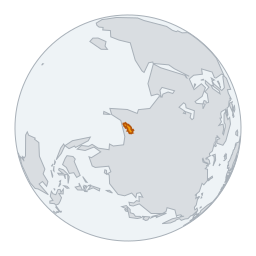 Chhattisgarh highlighted on a globe, orthographic projection, rotated 118°
{"feature_id": "IND-3260", "entity_name": "Chhattisgarh", "entity_type": "State", "adm_level": 1, "iso_a3": "IND", "parent_name": "India", "parent_adm1": "", "projection": "orthographic", "projection_center": [82.048, 20.958], "detail": "fine", "context": "on_globe", "style": "filled", "palette": "amber", "viewbox_px": 256, "rotation_deg": 118, "n_neighbors": 0, "source": "natural_earth", "source_scale": "10m", "svg_char_len": 12370}
<svg xmlns="http://www.w3.org/2000/svg" viewBox="0 0 256 256"><g transform="rotate(118 128 128)"><circle cx="128" cy="128" r="113" fill="#eef3f6" stroke="#a8b0b8"/><path d="M168.6,22.9L169.5,23.3L174.6,25.5L171.0,24.0L182.8,29.7L188.3,33.2L180.2,28.3L177.9,27.2L180.6,29.0L178.9,28.3L179.2,28.8L176.8,27.9L172.3,25.5L170.7,25.0L172.7,26.3L171.7,26.5L168.9,24.6L166.7,24.9L158.7,21.6L153.3,18.5L146.9,17.2L138.9,15.9L149.0,17.3L158.9,19.7L168.6,22.9ZM125.4,15.4L127.0,15.4L125.5,15.5L123.7,15.5L124.2,15.4L122.9,15.5L125.4,15.4ZM122.3,15.5L121.9,15.5L121.5,15.5L122.3,15.5ZM119.8,15.7L119.7,15.7L116.2,16.0L119.8,15.7ZM178.6,27.4L177.0,26.6L179.2,27.7L178.6,27.4ZM179.7,29.1L180.7,29.6L180.4,29.7L179.7,29.1ZM176.6,28.5L175.8,28.7L175.8,28.1L176.6,28.5ZM174.8,28.5L173.0,29.2L175.2,30.3L168.0,27.8L171.9,27.9L171.6,26.8L173.1,27.9L174.8,28.5ZM128.2,15.4L126.4,15.4L129.3,15.4L128.2,15.4ZM130.0,15.4L138.9,15.9L140.8,16.2L137.5,15.8L141.0,16.4L137.6,16.2L134.8,15.9L134.3,15.7L133.4,15.8L130.0,15.4ZM164.4,26.5L163.3,26.4L163.6,26.1L164.4,26.5ZM127.2,15.5L128.9,15.5L130.6,15.6L127.7,15.7L128.1,15.6L127.2,15.5ZM143.7,16.7L144.4,17.0L141.9,16.9L141.8,17.0L137.7,16.2L143.7,16.7ZM126.9,15.6L126.1,15.8L123.9,15.9L125.8,15.5L126.9,15.6ZM132.3,15.7L133.0,15.8L131.7,15.8L132.3,15.7ZM115.7,16.4L117.6,16.2L118.7,16.2L115.7,16.4ZM126.0,15.9L126.8,15.9L127.4,16.0L126.5,16.1L126.0,15.9ZM136.1,16.3L134.9,16.3L137.7,16.6L135.9,16.7L133.4,16.3L133.7,16.5L133.2,16.6L131.8,16.2L136.1,16.3ZM127.5,16.5L123.7,16.2L120.0,16.5L118.9,16.5L125.2,16.0L127.5,16.5ZM130.1,16.3L128.2,16.4L127.9,16.1L129.0,16.0L130.1,16.3ZM135.5,17.1L139.0,17.0L139.4,17.1L135.5,17.1ZM126.4,16.6L127.4,16.7L126.2,16.6L126.4,16.6ZM132.8,16.9L134.0,16.8L134.4,17.0L132.8,16.9ZM128.3,17.0L127.1,16.9L127.7,16.7L128.3,17.0ZM130.4,17.0L130.7,17.2L128.7,16.7L130.9,16.9L130.4,17.0ZM133.1,17.1L133.7,17.1L132.5,17.1L133.1,17.1ZM126.3,17.9L123.6,17.3L125.1,16.9L127.6,17.5L126.3,17.9ZM24.9,82.7L36.7,67.7L36.4,70.7L42.6,73.8L42.9,75.4L39.1,80.0L41.3,90.8L45.6,87.6L50.6,94.8L55.9,96.9L63.1,87.7L54.5,84.0L56.0,78.6L65.3,77.4L73.2,81.2L74.1,79.2L71.6,73.2L75.9,70.8L71.0,70.9L71.1,73.3L68.0,73.7L67.7,71.6L69.3,70.7L67.6,68.9L60.6,74.1L59.9,77.1L54.0,75.7L52.4,80.6L49.8,82.0L51.6,74.2L53.4,71.9L54.6,62.8L52.2,65.0L50.9,73.9L50.2,72.6L46.9,76.2L48.8,72.6L50.9,62.8L47.2,61.8L38.1,68.4L36.9,67.7L37.9,64.4L45.7,55.5L47.5,58.2L50.3,55.6L53.8,50.6L54.0,52.0L55.7,50.4L56.7,51.4L62.0,49.2L63.7,50.0L69.4,45.9L71.0,45.9L67.1,48.2L65.4,50.6L69.9,53.3L71.9,52.9L75.2,50.1L76.1,51.4L78.7,48.4L83.1,49.0L79.9,45.9L83.8,43.1L88.4,41.9L89.1,40.5L81.6,42.5L79.1,43.9L77.8,45.9L70.5,49.8L68.2,49.6L73.7,43.8L70.9,43.2L76.4,39.4L93.4,35.6L98.7,36.1L99.7,42.5L96.4,43.8L94.4,42.0L92.9,46.1L94.6,44.6L95.3,45.8L99.1,43.9L99.8,44.7L102.3,41.6L103.6,42.4L102.0,44.4L108.7,42.7L112.3,44.1L113.5,43.4L113.8,42.2L118.2,45.0L118.9,44.4L117.7,43.2L118.3,41.2L121.1,38.9L122.5,40.0L121.6,40.9L122.0,44.9L119.5,47.6L120.4,47.8L122.8,45.8L122.4,40.9L123.7,39.3L124.4,41.4L124.2,40.5L125.3,40.0L127.7,40.7L127.1,38.4L137.1,33.2L142.6,34.4L142.1,36.6L150.5,35.2L156.1,37.3L155.0,36.1L158.3,35.1L156.6,34.3L156.3,33.7L164.0,31.6L166.8,32.2L168.9,30.6L168.3,30.1L166.3,29.5L168.0,27.8L175.2,30.3L176.1,31.4L179.9,32.5L181.5,34.9L184.5,37.6L183.9,40.0L186.4,42.3L187.6,42.5L191.9,46.0L196.4,52.9L187.3,46.2L179.5,37.1L182.2,40.5L180.0,39.5L179.9,40.7L182.0,43.3L183.2,43.7L178.3,48.1L180.0,56.1L183.8,55.2L187.3,57.4L192.6,67.4L189.7,82.4L194.4,86.8L195.5,90.0L193.1,92.3L191.5,87.7L188.1,86.4L187.5,83.6L183.2,86.3L182.2,82.5L179.3,86.8L181.6,89.6L185.8,88.4L183.7,94.2L189.4,99.1L191.3,105.6L185.8,118.1L178.4,122.5L178.2,124.7L174.7,122.6L170.8,127.1L178.2,138.4L178.3,141.8L171.7,148.9L171.4,146.4L161.9,140.9L160.8,149.1L168.0,155.3L170.5,162.9L165.3,160.9L162.7,154.2L159.3,152.0L159.8,145.0L156.1,134.6L150.8,136.8L150.8,132.5L144.9,124.0L137.0,126.8L124.7,137.9L123.8,148.7L119.2,153.2L112.0,137.3L110.8,126.7L106.9,127.4L100.5,117.9L85.7,115.3L84.8,112.4L81.7,113.1L77.4,109.5L76.5,104.7L73.3,104.4L76.2,117.0L79.7,117.5L84.3,113.8L84.3,118.1L88.6,122.6L79.5,131.2L59.5,135.7L59.5,127.5L54.8,102.6L56.1,100.3L56.2,100.1L56.2,99.5L53.7,103.0L53.6,98.3L53.9,114.9L53.1,121.6L59.2,136.1L58.1,137.1L60.7,140.4L71.4,139.9L71.0,142.5L64.7,153.5L51.7,166.0L54.6,177.3L55.6,186.0L50.2,189.3L53.3,196.3L50.9,197.2L52.5,200.9L52.0,203.6L50.3,205.3L44.4,201.8L42.0,198.3L35.8,190.0L26.3,171.1L25.6,164.4L24.1,158.1L20.2,141.6L20.9,134.6L20.3,130.6L18.9,129.8L18.6,125.0L18.0,123.9L15.7,120.0L16.0,115.7L17.3,107.2L19.2,98.9L21.7,90.7L24.9,82.7ZM29.3,76.8L28.2,78.7L29.3,76.8ZM79.6,90.7L85.7,92.7L86.5,85.8L89.0,86.1L88.4,83.8L86.6,85.3L85.6,79.1L89.6,78.1L90.6,75.4L88.6,74.6L81.6,77.5L82.9,86.2L80.0,88.3L79.6,90.7ZM63.6,41.8L62.7,43.2L60.5,44.6L58.4,44.4L61.6,42.3L63.6,41.8ZM62.0,45.0L68.1,39.8L69.6,40.0L67.7,40.7L68.1,41.4L65.2,42.7L60.8,48.4L58.5,50.0L55.9,48.2L58.0,47.8L58.7,46.3L62.0,45.0ZM80.7,29.0L83.4,27.5L83.3,29.7L80.9,30.9L78.6,30.5L80.2,29.0L80.7,29.0ZM112.7,16.4L112.4,16.5L111.3,16.6L112.7,16.4ZM103.9,18.0L105.4,17.7L105.1,17.7L109.4,16.9L110.5,16.7L115.6,16.1L121.9,15.6L123.4,15.6L122.7,15.9L121.4,16.0L120.9,15.8L119.5,16.2L117.7,16.1L116.5,16.3L107.4,17.4L108.1,17.2L101.9,18.5L101.4,18.5L103.9,18.0ZM114.1,22.5L114.0,21.6L111.0,23.6L109.2,22.9L109.0,23.2L106.5,23.2L103.1,23.9L102.7,23.5L101.5,23.9L99.9,24.1L98.1,24.6L96.8,24.1L94.6,24.8L95.3,24.2L91.8,25.6L93.8,24.4L91.8,24.7L90.9,25.7L88.3,23.5L85.6,24.0L82.2,25.2L86.2,23.4L91.8,21.4L97.7,19.8L99.7,19.8L101.1,19.2L102.5,19.1L100.8,19.6L104.2,18.8L104.9,18.8L110.1,18.4L114.7,17.5L116.7,17.4L115.3,17.8L118.3,17.5L116.9,18.3L118.4,18.4L118.5,19.4L114.9,20.4L116.7,20.4L116.9,21.4L114.1,22.5ZM126.2,18.2L122.4,19.2L119.5,19.5L120.5,17.7L119.4,17.5L120.0,16.7L124.1,16.4L123.6,16.6L124.0,16.8L122.5,16.8L124.1,17.0L123.4,17.4L124.4,17.6L122.8,17.9L126.2,18.2ZM45.0,74.2L45.6,74.9L46.8,75.5L44.8,77.9L45.0,74.2ZM46.3,67.5L47.0,67.6L44.8,71.0L44.2,70.4L46.3,67.5ZM49.4,65.0L47.3,67.4L48.1,65.7L49.4,65.0ZM68.1,48.3L69.1,48.5L68.5,49.2L67.0,50.0L68.1,48.3ZM104.7,29.5L105.1,28.6L105.9,28.5L108.8,26.8L110.4,27.3L109.2,28.6L104.7,29.5ZM60.6,88.8L57.9,90.0L57.6,88.8L58.6,88.6L60.6,88.8ZM50.1,83.8L51.6,86.2L49.6,84.4L50.1,83.8ZM106.9,29.8L107.9,29.0L108.1,29.7L106.9,29.8ZM111.6,27.7L112.1,28.4L110.9,27.2L111.6,27.7ZM111.1,232.9L113.1,233.7L111.3,233.6L111.1,232.9ZM71.1,188.7L69.5,202.3L65.1,201.2L62.6,196.6L62.0,188.0L66.5,186.7L68.2,183.0L71.1,188.7ZM194.7,177.2L197.4,177.2L197.3,177.7L194.7,177.2ZM192.0,176.1L195.1,175.7L191.3,177.2L192.0,176.1ZM196.3,175.5L199.6,174.0L200.9,173.0L200.6,174.0L196.3,175.5ZM189.8,176.5L177.3,178.0L172.3,177.3L173.6,175.4L181.8,175.0L189.8,176.5ZM173.2,175.4L165.3,171.1L153.7,157.0L157.9,157.1L169.8,165.2L169.1,166.8L173.9,170.4L173.2,175.4ZM191.8,163.9L191.0,168.6L184.3,169.2L181.1,168.9L179.0,163.2L180.2,160.0L182.8,159.8L192.3,148.0L195.7,150.1L192.9,154.9L195.7,158.5L191.8,163.9ZM124.3,149.7L127.2,156.2L124.7,157.1L124.3,149.7ZM195.6,140.1L192.1,145.3L195.2,138.6L195.6,140.1ZM197.1,134.0L197.6,136.3L195.9,134.3L197.1,134.0ZM178.6,127.9L175.8,128.8L175.5,127.1L178.9,125.1L178.6,127.9ZM192.7,111.2L193.5,116.1L193.3,117.8L191.7,115.0L192.7,111.2ZM121.6,35.1L115.8,36.7L112.7,38.7L112.6,40.8L110.3,38.7L115.1,35.6L121.6,35.1ZM135.0,33.2L135.1,31.6L136.7,32.1L136.9,32.5L135.0,33.2ZM133.9,32.4L131.0,31.0L132.1,30.0L134.2,31.3L133.9,32.4ZM118.8,29.8L116.9,30.2L116.9,29.5L118.8,29.8ZM201.4,213.3L203.9,210.6L206.0,209.1L202.9,212.0L201.4,213.3ZM200.8,205.4L182.2,215.1L178.7,215.1L181.0,212.4L180.5,205.2L181.8,205.2L182.7,199.9L194.5,193.0L203.3,182.1L208.3,181.4L213.0,173.5L217.7,172.5L215.4,178.4L219.2,180.2L224.3,167.0L224.0,178.7L225.0,181.6L222.2,188.8L210.9,203.9L206.8,207.8L207.2,207.1L205.2,208.9L203.7,209.3L205.2,205.9L203.1,207.7L206.2,204.2L202.7,207.6L203.0,205.5L200.8,205.4ZM236.8,154.9L237.1,154.0L237.1,154.4L236.8,154.9ZM201.3,176.4L205.3,172.1L207.2,171.4L201.3,176.4ZM236.9,153.7L236.5,154.1L236.6,153.4L236.9,153.7ZM237.1,152.1L237.2,151.1L237.1,153.1L237.1,152.1ZM236.5,150.9L236.9,152.0L236.5,151.1L236.5,150.9ZM236.2,151.5L235.8,151.1L235.8,150.8L236.2,151.5ZM229.3,157.3L231.1,161.7L229.2,162.7L227.2,160.3L224.8,164.6L219.9,165.9L221.3,163.4L220.8,160.4L215.2,160.9L214.1,159.1L216.3,157.0L212.3,156.4L216.7,154.3L218.3,158.2L220.7,154.0L224.4,153.5L227.7,153.6L230.0,155.7L229.3,157.3ZM216.3,163.9L217.0,163.7L216.3,165.2L216.3,163.9ZM235.0,149.5L235.6,151.0L235.4,151.6L235.1,151.6L235.0,149.5ZM230.6,154.7L233.2,149.7L233.7,149.5L231.9,154.5L230.6,154.7ZM232.8,147.7L233.8,147.6L234.2,149.3L234.0,150.0L232.8,147.7ZM207.5,162.2L207.2,163.5L206.0,162.8L207.5,162.2ZM209.0,161.1L212.5,161.6L208.7,162.2L209.0,161.1ZM197.6,159.3L198.7,161.9L202.3,159.4L199.5,162.6L201.8,166.8L200.9,168.8L198.7,164.1L197.6,169.6L196.0,169.8L195.3,165.4L197.0,159.6L198.6,157.0L205.1,154.8L197.6,159.3ZM209.1,157.6L208.1,154.5L208.8,152.0L209.9,153.6L209.1,157.6ZM205.0,146.9L202.0,143.5L199.6,145.5L204.2,139.0L206.3,143.4L205.0,146.9ZM202.1,138.7L199.9,140.5L202.0,136.9L202.1,138.7ZM199.1,139.3L198.6,136.6L200.5,136.6L199.1,139.3ZM203.3,138.6L203.2,133.8L204.4,136.4L203.3,138.6ZM197.1,130.6L201.6,134.4L196.2,133.4L194.7,124.4L197.0,123.8L197.1,130.6ZM201.6,92.5L200.4,90.1L202.0,89.2L202.4,91.1L201.6,92.5ZM206.3,84.8L202.1,88.2L198.5,91.3L200.2,92.2L200.4,96.6L197.3,93.1L198.9,87.9L201.8,86.3L201.1,82.8L202.5,80.0L200.4,75.9L200.7,73.9L203.5,77.2L206.3,84.8ZM199.4,74.2L196.3,67.0L199.9,67.4L201.4,69.0L201.3,72.1L199.4,71.7L199.4,74.2ZM196.6,65.5L194.7,65.2L186.1,55.8L185.2,54.0L193.6,60.8L192.3,60.9L193.8,63.3L196.6,65.5ZM164.2,27.0L163.4,26.5L164.6,26.8L164.2,27.0ZM155.3,33.4L155.1,32.6L156.6,32.8L155.3,33.4ZM155.5,30.6L153.9,30.8L155.0,30.1L155.5,30.6ZM150.5,31.5L153.0,30.7L151.5,32.2L150.5,31.5Z" fill="#d9dde1" stroke="#a8b0b8" stroke-width="1"/><path d="M129.9,122.2L130.0,122.1L130.2,121.9L130.3,121.8L130.3,121.7L130.4,121.8L130.5,121.8L130.6,122.0L131.0,122.4L131.0,122.5L131.1,122.8L131.4,122.9L131.4,122.7L131.5,122.7L131.5,122.8L131.4,123.0L131.4,123.3L131.5,123.3L131.5,123.2L131.6,123.3L131.6,123.5L131.7,123.8L131.7,124.0L131.8,124.0L131.8,123.9L131.9,124.0L132.0,124.0L132.1,124.3L131.9,124.5L131.7,124.7L131.5,124.8L131.5,125.0L131.4,125.2L131.0,125.4L130.9,125.5L130.7,125.7L130.8,125.8L130.7,125.9L130.7,126.0L130.8,126.1L130.8,126.3L130.7,126.3L130.4,126.8L130.3,127.0L130.5,127.2L130.4,127.2L130.2,127.3L130.1,127.6L129.9,127.7L129.7,127.6L129.4,127.6L129.1,127.6L129.1,127.8L128.9,128.0L128.7,128.2L128.5,128.4L128.6,128.6L128.5,128.8L128.6,129.0L128.7,129.3L128.7,129.5L128.7,129.8L128.8,129.8L129.0,129.8L129.2,130.1L129.1,130.3L129.0,130.2L128.9,130.2L128.6,130.1L128.4,130.2L128.3,129.9L128.2,129.9L127.9,129.8L127.8,129.7L127.7,129.8L127.6,130.0L127.8,130.2L127.8,130.3L128.0,130.3L128.0,130.5L128.0,130.8L128.1,131.0L128.2,131.3L128.2,131.5L128.3,131.7L128.3,131.8L128.3,132.0L128.2,132.1L128.2,132.3L127.9,132.4L127.9,132.5L127.7,132.6L127.8,132.6L127.7,132.8L127.5,133.0L127.4,133.1L127.2,133.2L127.2,133.3L127.0,133.5L126.9,133.7L126.9,133.8L126.9,134.0L126.5,134.2L126.3,134.1L126.1,134.2L126.0,133.9L125.9,133.7L126.0,133.5L125.9,133.5L125.8,133.4L125.7,133.4L125.7,133.5L125.5,133.4L125.6,133.2L125.4,132.9L125.3,132.7L125.1,132.6L124.9,132.6L124.8,132.4L124.7,132.4L124.8,132.2L124.7,132.0L124.7,131.9L124.8,131.7L125.0,131.3L125.1,131.2L125.3,131.1L125.5,131.2L125.5,131.3L125.7,131.2L125.8,131.0L125.9,130.9L125.7,130.8L125.6,130.7L125.4,130.5L125.3,130.4L125.2,130.2L125.1,130.3L125.0,130.2L125.2,129.8L125.2,129.6L125.0,129.4L125.3,129.3L125.4,129.2L125.4,128.9L125.4,128.7L125.2,128.7L125.3,128.5L125.3,128.3L125.3,128.1L125.2,128.0L125.0,127.9L125.1,127.6L125.3,127.5L125.4,127.4L125.5,127.4L125.5,127.2L125.6,126.8L125.6,126.5L125.6,126.4L125.8,126.3L125.8,126.2L125.9,125.8L126.0,125.7L126.0,125.8L126.1,125.7L126.3,125.4L126.3,125.2L126.5,125.0L126.8,125.0L127.1,124.9L127.3,124.9L127.4,124.7L127.5,124.7L127.5,124.3L127.7,124.2L127.8,124.1L127.8,123.9L128.0,123.8L128.2,123.7L128.3,123.4L128.2,123.4L128.0,123.2L127.9,123.2L127.7,123.0L127.5,122.9L127.3,123.0L127.2,123.0L127.2,122.9L127.3,122.7L127.3,122.4L127.2,122.4L127.3,122.2L127.5,122.4L127.8,122.3L128.1,122.4L128.3,122.4L128.7,122.4L128.8,122.5L128.9,122.4L129.1,122.3L129.1,122.2L129.3,122.2L129.5,122.1L129.8,122.2L129.9,122.2Z" fill="#f59e0b" stroke="#b45309" stroke-width="1.5"/></g></svg>